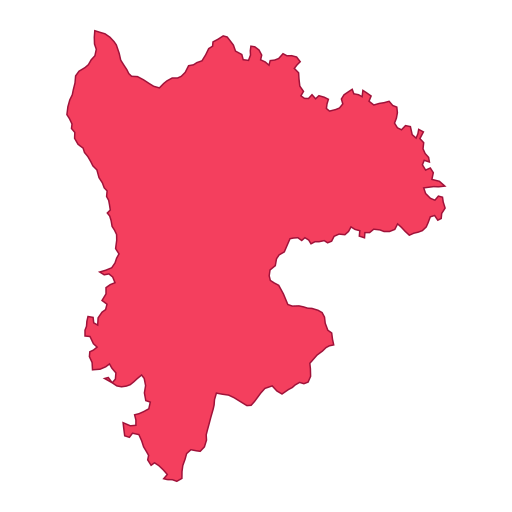 Boa Vista do Incra, Rio Grande do Sul, Brazil (Mercator projection)
{"feature_id": "56859067B24562210990052", "entity_name": "Boa Vista do Incra", "entity_type": "district", "adm_level": 2, "iso_a3": "BRA", "parent_name": "Brazil", "parent_adm1": "Rio Grande do Sul", "projection": "mercator", "projection_center": [-53.454, -28.887], "detail": "fine", "context": "isolated", "style": "filled", "palette": "rose", "viewbox_px": 512, "rotation_deg": 0, "n_neighbors": 0, "source": "geoboundaries", "source_scale": "gbopen_adm2", "svg_char_len": 4431}
<svg xmlns="http://www.w3.org/2000/svg" viewBox="0 0 512 512"><path d="M112.2,382.8L116.8,385.9L121.5,386.8L126.3,386.1L130.2,384.7L133.8,381.8L136.9,378.9L141.6,375.0L144.2,378.4L145.6,385.6L144.4,392.9L145.8,400.6L150.3,402.1L148.8,408.8L143.5,411.7L139.0,413.7L134.6,414.8L135.9,420.0L135.9,425.3L130.3,425.8L123.1,422.7L123.7,428.0L124.7,435.8L129.4,437.3L132.5,433.2L138.9,434.6L141.7,440.9L143.6,446.8L146.6,451.8L148.6,455.4L147.7,459.9L151.1,465.3L154.5,462.8L158.8,465.6L163.5,470.1L167.3,474.5L163.7,478.7L167.3,479.6L172.4,479.7L176.8,481.3L181.9,478.4L182.0,471.5L182.8,465.5L185.1,459.1L186.6,453.6L190.9,449.7L196.4,450.8L200.2,451.3L204.4,446.9L206.5,440.1L206.2,434.8L207.5,429.7L208.9,424.6L210.9,417.0L213.2,409.0L214.1,404.9L214.5,399.6L216.4,393.1L222.3,394.2L228.6,395.1L234.1,397.7L241.2,402.1L246.9,405.6L251.1,405.3L254.5,401.5L257.6,397.3L260.7,393.1L264.9,388.4L272.2,385.9L276.9,391.0L282.0,394.0L288.5,389.5L292.3,387.5L295.2,384.9L299.6,382.4L303.9,383.7L308.1,382.1L310.6,376.3L310.4,368.7L309.8,363.3L317.1,355.0L322.4,351.1L326.0,347.6L329.4,345.8L333.7,344.9L332.5,339.3L331.7,333.0L327.8,330.2L325.2,323.2L324.5,317.1L322.1,312.6L318.1,310.3L311.9,308.4L307.7,308.2L303.6,306.9L299.0,305.9L292.3,306.1L287.8,304.5L283.4,293.9L278.7,285.3L274.1,282.9L270.3,280.4L269.2,275.8L270.0,270.0L275.3,265.6L276.5,258.8L279.1,254.9L284.3,251.9L287.6,244.2L290.0,238.7L293.7,238.0L297.9,237.7L301.7,240.5L304.9,237.7L308.7,240.0L311.0,243.8L315.0,241.7L319.1,241.7L324.2,240.6L327.6,242.8L331.6,241.2L334.1,236.3L339.0,234.1L344.9,234.7L348.5,231.5L351.0,226.9L355.0,229.4L359.8,230.7L359.3,236.1L364.5,237.8L364.9,232.6L369.6,232.6L373.7,229.2L379.9,229.9L384.0,231.5L389.5,231.5L394.8,229.4L397.6,223.9L401.4,227.3L405.1,231.3L409.3,235.2L413.8,233.2L418.1,232.2L422.4,230.6L426.2,227.0L428.1,222.7L430.3,216.8L434.6,215.5L437.8,220.2L441.2,218.5L441.7,213.4L445.1,208.1L443.2,202.0L442.5,197.2L438.4,196.1L434.9,200.2L430.4,198.3L425.6,193.5L423.7,187.9L428.9,187.2L433.7,186.6L438.6,186.8L444.8,186.1L439.4,181.3L431.9,179.4L433.3,172.7L430.3,168.0L425.6,170.1L422.4,164.8L424.2,160.3L429.4,162.0L428.6,157.4L425.1,153.5L423.0,148.8L423.7,142.7L419.9,138.6L423.4,131.9L418.7,129.4L417.9,133.8L416.1,138.1L412.2,134.7L410.4,126.6L405.5,125.6L401.5,129.8L397.4,127.8L394.5,123.1L396.4,118.2L397.4,112.7L396.8,107.1L392.7,105.5L389.1,101.3L384.0,102.7L379.4,103.4L373.8,105.0L369.0,101.2L371.1,96.0L366.6,92.8L362.9,90.4L362.1,96.7L358.5,94.7L353.8,93.8L352.2,89.3L348.1,92.0L344.0,94.8L341.4,99.0L342.8,103.9L339.5,108.0L335.6,109.6L329.5,111.1L326.4,108.5L327.0,103.9L328.4,99.3L324.2,97.2L318.9,95.7L315.6,98.8L312.0,94.7L308.5,98.5L304.5,98.4L300.9,95.8L303.5,91.4L299.8,86.1L299.0,79.1L298.6,72.8L294.3,68.4L297.1,64.8L300.2,61.7L296.6,57.0L291.7,55.7L287.0,55.8L283.0,53.7L278.7,58.5L274.6,60.1L270.2,60.6L269.0,65.2L265.3,62.0L260.6,59.8L261.7,55.1L259.0,50.0L254.8,46.8L250.9,46.2L250.3,50.8L250.5,55.1L248.5,60.4L243.2,59.7L241.8,54.5L235.5,51.1L233.4,45.1L230.6,41.4L227.2,37.0L223.2,35.9L217.9,39.3L213.0,41.9L212.6,46.2L208.7,48.6L205.7,54.8L202.0,60.8L196.9,62.6L193.5,64.8L188.6,65.7L185.2,72.4L181.3,76.3L177.6,78.0L172.2,78.0L166.9,80.9L163.7,83.5L159.4,87.9L153.7,86.3L149.3,83.6L143.5,79.8L137.5,76.6L131.6,76.3L128.8,73.6L126.8,69.6L123.9,65.2L120.7,60.1L119.2,53.4L116.3,44.9L114.0,41.6L109.9,37.2L105.0,33.8L99.9,32.3L94.8,30.7L94.3,37.2L94.5,44.0L96.3,49.3L94.9,55.8L91.2,59.8L88.4,64.7L85.0,67.6L79.0,71.2L75.6,75.9L75.0,83.0L73.3,89.8L72.3,94.8L69.8,99.9L67.9,106.7L66.9,114.6L69.5,118.7L72.0,124.0L71.5,128.5L74.8,132.4L74.6,138.3L78.1,144.4L83.1,148.1L84.5,152.5L87.8,156.5L90.7,161.5L92.9,165.9L96.9,169.9L99.0,177.6L102.4,182.9L104.2,187.8L107.1,190.9L106.6,196.5L108.7,200.4L109.5,204.8L110.3,210.0L107.3,213.0L109.7,216.0L111.1,220.6L112.1,226.4L114.5,230.1L116.6,234.5L116.7,240.3L115.6,248.6L119.0,253.9L116.6,258.2L115.0,263.0L111.7,267.8L105.8,270.2L99.7,272.0L104.2,274.8L108.9,273.9L112.7,277.0L115.0,282.7L110.3,284.6L106.0,287.6L106.0,293.9L102.0,300.5L107.0,304.2L105.6,309.6L102.0,312.2L98.1,317.9L97.7,325.1L93.7,322.8L93.1,317.4L88.0,316.5L86.9,321.2L86.5,326.3L85.0,330.2L85.0,336.0L90.0,336.5L93.4,343.7L97.1,347.1L93.4,350.1L89.8,351.8L89.4,356.6L92.1,362.5L92.5,369.8L100.1,369.2L105.7,366.8L109.5,363.9L111.9,368.2L115.9,372.9L115.4,379.1L112.2,382.8ZM112.2,382.8L108.3,377.5L104.6,378.5L112.2,382.8Z" fill="#f43f5e" stroke="#9f1239" stroke-width="1.5"/></svg>